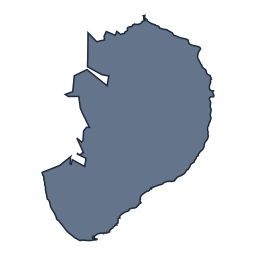 outline of Los Cabos, Baja California Sur, Mexico
{"feature_id": "50627088B64168457575480", "entity_name": "Los Cabos", "entity_type": "district", "adm_level": 2, "iso_a3": "MEX", "parent_name": "Mexico", "parent_adm1": "Baja California Sur", "projection": "robinson", "projection_center": [-109.801, 23.272], "detail": "fine", "context": "isolated", "style": "filled", "palette": "slate", "viewbox_px": 256, "rotation_deg": 0, "n_neighbors": 0, "source": "geoboundaries", "source_scale": "gbopen_adm2", "svg_char_len": 5561}
<svg xmlns="http://www.w3.org/2000/svg" viewBox="0 0 256 256"><path d="M42.1,172.4L42.7,174.9L43.0,175.5L43.4,175.8L43.8,177.4L44.0,179.3L43.8,179.6L44.4,180.8L44.4,181.6L44.8,183.0L44.7,185.2L45.1,185.6L45.3,186.0L45.5,187.7L45.4,189.4L45.6,189.9L45.8,191.9L46.9,196.0L46.6,196.4L47.1,197.2L47.3,199.1L47.6,199.4L48.3,199.5L49.1,200.8L49.9,203.2L50.6,206.9L51.4,208.5L54.2,212.7L56.3,217.3L56.6,218.0L56.4,218.5L56.5,218.8L57.6,220.1L58.0,220.1L58.7,220.7L59.9,222.3L60.2,222.9L60.6,223.1L61.6,224.3L66.9,231.1L68.4,232.6L71.2,234.9L73.0,236.1L73.6,237.0L75.2,238.0L80.1,240.6L80.5,240.3L81.0,240.4L81.6,240.1L89.5,240.6L91.0,240.5L92.7,240.1L96.4,239.8L97.0,239.5L97.1,239.2L96.6,239.3L96.4,239.0L95.1,238.6L94.8,238.4L94.6,238.6L94.3,238.1L93.9,238.2L94.1,238.2L94.1,238.4L93.9,238.4L94.1,238.5L93.9,238.6L93.6,238.5L93.7,238.1L93.6,238.4L93.5,238.5L93.4,238.3L93.5,238.5L93.4,238.6L93.3,238.4L93.2,238.4L93.4,238.6L93.2,238.4L93.3,238.6L93.2,238.7L92.9,238.2L93.1,238.4L92.9,238.2L93.1,237.9L93.3,238.0L93.2,238.3L93.4,237.9L93.3,238.0L93.1,237.8L92.9,238.1L93.2,237.7L93.3,237.8L93.4,237.7L93.2,237.7L93.3,237.5L93.2,237.5L93.1,237.4L93.3,237.4L93.2,237.3L93.1,237.2L93.2,236.9L92.9,237.0L92.9,236.9L93.1,236.8L93.1,236.7L92.9,236.9L93.1,236.6L93.2,236.8L93.1,236.7L93.4,236.5L93.2,236.7L93.4,236.6L93.2,236.8L93.4,236.7L93.2,236.9L93.5,236.9L93.3,237.0L93.5,237.0L93.3,237.1L93.6,237.9L94.3,237.9L94.2,237.5L94.3,236.9L94.8,236.0L96.5,234.6L98.0,233.8L100.6,233.2L102.5,233.1L103.7,233.7L104.4,233.0L105.6,233.0L106.1,233.2L106.8,233.0L107.0,232.4L107.2,232.6L107.9,232.5L108.5,232.2L109.0,232.3L109.6,231.7L109.4,231.2L109.7,230.3L110.0,230.2L110.2,229.7L111.1,229.2L111.3,228.8L112.0,228.2L112.7,228.1L112.9,227.5L113.5,226.8L114.4,226.2L114.6,225.7L115.2,225.5L115.5,225.2L116.0,225.2L116.2,224.8L116.0,224.7L116.0,224.3L116.4,224.2L116.7,224.4L116.6,224.0L117.2,223.3L117.7,223.3L118.1,222.2L117.9,221.7L118.1,221.2L118.0,220.2L118.1,218.8L118.7,218.0L119.1,217.8L119.6,218.0L119.4,217.3L119.8,217.2L119.7,216.6L120.2,215.6L121.8,214.1L125.1,212.0L127.8,211.2L128.2,210.8L128.7,210.7L128.8,210.6L128.7,210.3L129.2,209.9L129.4,209.2L129.8,208.9L131.5,208.3L134.3,208.0L136.1,207.5L136.6,207.1L137.0,206.3L137.6,206.0L137.7,205.5L138.4,205.3L138.5,204.8L139.0,204.0L140.6,203.2L141.0,202.6L140.8,202.2L140.3,201.9L140.2,201.4L139.9,201.3L139.9,200.9L140.0,200.1L140.4,199.4L140.3,199.0L140.5,197.1L141.1,195.7L142.5,194.3L145.9,191.9L147.5,191.1L148.4,191.0L149.0,190.6L150.8,188.5L150.7,188.3L151.2,187.9L151.5,188.1L151.4,188.7L151.5,188.8L151.6,188.0L151.8,187.9L151.6,187.8L151.8,187.6L158.8,185.1L161.5,184.4L162.4,184.0L163.3,183.1L164.3,182.5L166.6,181.6L168.7,181.3L171.9,181.5L174.3,180.9L174.6,180.2L175.1,179.9L175.1,179.4L176.3,178.6L176.2,178.4L176.6,177.7L178.8,176.5L181.7,175.3L184.1,173.7L185.3,172.4L185.9,171.5L186.1,170.6L186.4,170.2L187.9,169.6L188.6,168.7L188.8,168.2L189.5,167.3L190.7,164.4L192.3,163.2L194.1,162.2L194.1,161.5L194.3,161.2L194.5,160.4L194.7,160.0L195.4,159.6L196.2,157.9L196.4,157.1L197.5,155.9L198.3,155.6L198.2,154.5L198.9,153.4L199.5,152.8L199.7,152.3L200.2,151.7L202.8,149.3L203.0,148.7L203.7,147.8L203.9,146.8L204.1,146.4L204.0,145.1L204.9,142.5L205.1,142.1L207.1,139.6L207.6,138.6L208.1,137.1L208.3,135.4L207.8,134.0L208.2,132.2L207.7,130.7L207.5,127.5L208.7,125.2L208.9,123.8L210.1,121.5L210.3,120.0L211.0,118.7L211.0,117.6L210.4,116.0L210.3,114.2L211.0,111.2L211.2,109.3L210.6,108.1L210.3,106.8L210.2,105.7L210.7,102.8L210.4,101.5L209.9,100.6L209.3,98.3L210.0,97.5L211.4,96.6L213.3,96.9L213.8,96.1L213.9,95.1L213.2,94.3L212.8,92.5L212.8,92.1L213.4,90.9L212.3,90.8L212.0,91.0L211.3,90.6L211.1,90.7L210.8,90.3L210.4,90.3L209.6,89.1L209.5,88.3L209.4,88.0L209.4,85.8L209.7,85.1L209.9,84.1L210.3,83.5L210.4,82.7L210.7,82.1L210.5,80.9L210.5,80.3L210.9,79.2L211.3,79.1L210.9,78.6L211.0,77.7L210.6,77.1L210.3,75.9L210.0,75.4L208.3,74.8L207.5,74.3L206.5,72.8L206.1,71.7L206.3,71.3L206.2,70.9L205.6,69.8L205.1,69.3L203.8,68.5L202.3,67.2L202.4,66.8L202.0,66.3L201.7,65.1L200.5,63.6L200.2,62.5L199.6,61.8L199.2,60.6L197.8,58.3L197.6,56.4L197.9,53.8L199.0,51.3L200.3,49.3L200.5,48.8L200.5,48.3L199.7,47.3L198.8,46.8L191.7,45.1L189.8,44.2L189.0,43.5L188.8,42.7L188.4,41.9L188.4,40.6L187.8,39.8L187.2,39.7L186.1,39.0L183.0,38.4L178.6,37.2L175.7,35.8L174.4,35.5L173.8,35.1L172.6,33.5L172.4,33.0L171.9,32.5L170.8,32.1L169.3,31.1L167.9,30.5L166.7,29.6L163.7,29.3L159.8,28.1L159.2,27.7L159.2,27.0L158.7,26.3L155.8,25.4L155.4,24.9L152.3,23.9L149.8,22.7L147.8,21.2L147.2,20.6L147.1,19.8L145.1,18.1L144.7,17.3L144.6,15.9L144.8,15.4L143.3,15.8L143.9,16.3L143.9,16.5L143.7,16.7L143.8,19.0L144.3,18.8L144.4,19.2L144.2,19.6L144.5,19.9L144.8,19.8L144.9,20.6L142.5,21.3L141.6,22.3L141.0,23.3L140.0,23.9L138.2,24.2L137.8,24.5L136.1,24.3L135.6,24.5L134.5,23.9L134.0,24.5L132.7,24.9L132.4,25.3L132.4,25.7L132.1,26.4L131.7,26.4L131.2,26.8L130.1,26.7L128.0,27.4L127.6,27.8L127.3,28.5L127.3,29.0L127.7,29.4L127.4,30.2L126.7,31.0L125.1,31.9L124.7,32.5L124.6,33.2L120.7,34.4L116.8,31.4L115.3,35.3L106.3,31.5L104.1,36.1L104.5,39.9L96.7,41.7L88.0,32.7L87.8,56.7L87.5,66.7L102.0,74.8L108.8,75.9L107.1,85.8L87.0,69.6L74.3,75.8L72.7,91.7L65.2,94.4L68.3,96.5L78.8,96.4L80.3,108.0L82.5,113.3L89.5,127.4L86.6,127.2L83.6,130.9L83.0,140.5L81.5,142.1L76.9,138.0L83.4,152.5L82.9,152.4L82.4,152.8L81.8,153.7L81.0,154.2L80.4,154.2L80.0,154.7L79.4,154.5L78.7,154.6L77.6,153.6L77.4,154.1L86.0,158.3L84.6,166.5L72.3,159.7L71.3,164.4L70.0,163.7L70.4,158.6L70.2,157.7L70.6,156.7L59.7,165.5L42.1,172.4Z" fill="#64748b" stroke="#1e293b" stroke-width="1.5"/></svg>